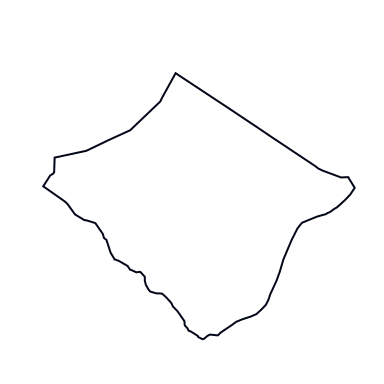 Reifi Wad Elhilaiw, Gedarif, Sudan, rotated 309°
{"feature_id": "16777658B67194501280165", "entity_name": "Reifi Wad Elhilaiw", "entity_type": "district", "adm_level": 2, "iso_a3": "SDN", "parent_name": "Sudan", "parent_adm1": "Gedarif", "projection": "mercator", "projection_center": [36.021, 14.605], "detail": "fine", "context": "isolated", "style": "outline", "palette": "ink", "viewbox_px": 384, "rotation_deg": 309, "n_neighbors": 0, "source": "geoboundaries", "source_scale": "gbopen_adm2", "svg_char_len": 1745}
<svg xmlns="http://www.w3.org/2000/svg" viewBox="0 0 384 384"><g transform="rotate(309 192 192)"><path d="M297.7,315.7L300.5,307.7L301.3,305.3L301.9,304.2L300.9,302.9L297.1,298.7L291.0,280.5L290.6,279.3L290.4,278.1L289.9,276.1L289.7,274.9L289.7,271.8L284.7,218.2L283.5,204.1L280.1,167.2L274.0,104.5L246.1,109.5L242.4,110.4L212.0,106.5L201.1,105.1L179.4,94.3L157.6,84.0L132.3,63.6L120.5,72.5L118.6,72.5L115.7,71.4L102.8,72.8L104.6,99.3L104.3,102.9L102.1,111.0L101.6,112.8L101.5,113.1L101.0,115.4L101.0,115.5L102.4,125.9L102.5,126.0L103.7,128.2L103.9,128.6L106.9,136.2L107.0,136.4L107.0,136.5L103.3,149.0L103.1,149.3L100.9,152.5L100.9,155.7L93.7,166.8L93.6,167.0L91.0,174.1L90.9,174.2L91.0,174.3L92.3,178.1L92.4,178.5L93.9,188.0L94.0,188.5L93.9,188.6L92.8,192.4L92.7,192.5L92.8,192.6L94.5,199.1L94.6,199.3L97.3,201.9L97.4,202.1L96.4,208.7L93.7,210.9L93.5,211.0L91.0,214.3L90.8,214.6L88.8,219.8L88.7,220.0L88.4,222.1L88.4,222.3L90.7,227.9L92.8,230.7L94.2,232.8L93.9,238.3L92.7,245.8L91.0,249.3L90.6,252.8L90.2,255.9L90.1,256.1L86.9,267.3L83.9,270.2L83.8,270.4L83.2,274.1L83.2,274.3L82.1,276.7L82.1,276.8L82.8,278.6L82.9,278.9L82.9,279.1L83.8,286.9L83.8,287.1L83.7,287.2L83.2,288.0L84.2,292.7L84.3,292.9L85.7,293.8L89.7,294.5L92.4,295.6L92.5,295.7L96.7,302.1L96.9,302.3L101.0,302.8L113.4,306.6L119.0,308.1L124.2,310.9L132.3,316.1L133.2,316.6L137.7,318.9L142.2,319.6L146.4,320.1L150.9,320.4L156.4,319.2L161.7,317.2L176.3,313.5L185.0,310.5L197.3,305.4L217.5,299.6L230.0,296.9L235.1,296.8L235.8,296.8L236.9,296.9L237.4,296.9L242.2,299.5L251.3,304.5L256.5,308.1L258.7,309.8L261.0,310.6L263.1,311.8L268.0,313.1L268.4,313.2L271.0,314.2L274.9,314.9L282.2,316.0L289.5,316.6L297.6,315.8L297.7,315.7Z" fill="none" stroke="#020617" stroke-width="2"/></g></svg>